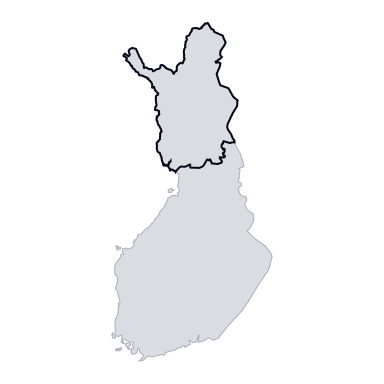 Lapland on a map of Finland (orthographic projection)
{"feature_id": "FIN-3176", "entity_name": "Lapland", "entity_type": "Province", "adm_level": 1, "iso_a3": "FIN", "parent_name": "Finland", "parent_adm1": "", "projection": "orthographic", "projection_center": [25.412, 67.834], "detail": "fine", "context": "in_parent", "style": "outline", "palette": "ink", "viewbox_px": 384, "rotation_deg": 0, "n_neighbors": 0, "source": "natural_earth", "source_scale": "10m", "svg_char_len": 9383}
<svg xmlns="http://www.w3.org/2000/svg" viewBox="0 0 384 384"><path d="M162.9,164.6L161.6,158.5L159.9,153.2L157.8,151.8L157.2,149.7L156.9,145.5L157.4,142.2L159.6,139.1L160.1,134.8L161.4,131.4L160.9,129.1L157.6,122.7L157.2,120.7L157.1,117.2L159.1,114.2L158.7,111.0L155.2,109.7L155.4,107.8L156.4,104.6L156.0,101.9L156.2,96.0L158.0,93.4L156.0,91.3L154.2,87.5L152.5,87.2L151.6,83.2L148.8,79.4L138.6,73.9L132.6,67.9L129.5,63.1L126.5,60.3L126.4,57.9L123.4,55.7L124.1,54.7L126.6,54.8L128.6,56.0L129.4,54.7L128.8,51.2L129.0,50.3L131.5,48.5L135.3,48.7L142.9,63.0L144.0,67.5L151.8,69.4L152.7,70.5L154.8,70.3L159.5,68.3L161.4,65.3L163.1,65.6L174.3,72.6L176.1,71.1L177.1,66.9L178.0,65.1L179.3,63.7L181.9,62.9L184.0,59.5L184.1,49.8L185.1,47.0L186.9,37.5L190.2,33.2L192.6,28.8L195.1,28.1L199.5,28.9L204.6,24.2L207.9,23.5L214.2,31.1L222.8,35.6L225.4,42.1L224.5,44.7L220.3,52.2L220.3,54.1L222.0,57.2L215.7,61.4L216.2,62.5L219.7,62.8L220.2,64.2L217.1,73.5L217.1,75.2L220.2,84.9L228.5,88.6L231.1,92.9L237.4,101.1L237.1,105.1L229.3,120.6L227.5,124.9L227.4,127.5L233.3,139.0L236.6,147.3L240.1,153.2L243.4,163.0L243.7,166.5L238.7,168.7L240.2,170.5L239.2,173.7L239.3,178.2L238.0,181.2L238.4,182.0L240.9,182.5L241.3,184.5L241.2,185.7L238.7,188.1L238.6,190.5L240.2,194.4L241.5,195.7L245.6,196.7L246.3,197.8L246.6,200.6L244.9,203.6L245.0,204.7L247.1,209.8L252.9,213.7L253.7,216.8L253.8,218.9L253.7,220.7L250.0,228.2L247.0,230.7L253.8,237.8L265.9,246.6L271.5,254.4L272.1,256.7L269.3,267.4L268.1,270.4L259.6,282.9L247.4,303.0L241.0,311.9L228.2,325.5L218.8,337.7L213.4,340.3L209.2,337.8L207.1,338.5L205.1,340.3L198.3,342.4L198.0,340.4L199.4,335.3L198.8,335.4L197.6,337.8L197.0,340.6L195.8,342.0L192.9,342.7L190.2,340.5L188.9,340.5L190.3,343.8L190.2,344.8L188.7,344.7L185.7,347.3L185.0,347.3L184.0,345.1L180.7,347.5L177.6,347.9L175.8,349.7L166.6,352.2L164.0,355.3L162.3,354.5L152.0,356.8L147.7,356.0L142.9,360.5L139.3,361.0L143.2,356.3L143.4,354.7L141.5,353.8L140.1,352.1L138.9,348.4L138.2,348.1L136.8,352.6L134.3,354.1L131.3,354.0L131.0,351.9L131.6,350.1L131.1,349.8L131.6,348.3L133.2,348.3L133.6,347.5L133.7,346.6L132.4,345.7L133.8,342.5L128.5,341.6L122.1,337.8L121.4,334.9L118.2,336.8L115.5,334.4L115.1,333.1L115.0,322.2L115.5,319.2L117.3,315.7L118.1,312.1L118.4,305.4L119.3,305.5L118.4,303.2L119.9,302.7L120.1,302.0L117.3,291.1L115.5,288.6L117.5,281.0L117.4,279.2L117.3,277.0L115.0,274.5L114.5,267.6L115.4,263.8L120.5,257.2L120.9,254.5L123.6,254.4L122.5,251.9L122.4,248.9L126.2,248.0L127.6,249.0L131.0,248.1L134.1,246.1L133.1,241.8L134.7,241.7L134.2,240.7L134.4,239.7L135.5,240.2L137.5,237.3L137.7,235.1L141.0,234.1L145.0,229.7L148.5,227.3L152.2,222.9L153.7,222.7L154.6,219.7L158.6,215.2L160.1,211.5L163.8,207.3L167.5,200.0L168.0,197.9L173.4,195.2L178.2,196.0L178.1,194.2L177.4,193.0L179.4,191.1L179.0,188.2L177.8,186.7L179.1,175.6L177.7,173.4L172.2,169.6L169.9,169.2L168.7,166.3L169.4,163.0L166.3,165.5L162.9,164.6ZM126.2,343.0L130.0,343.2L130.9,344.9L129.2,346.0L129.0,347.3L129.8,349.4L128.1,349.3L127.1,346.9L125.3,345.2L126.2,343.0ZM172.1,191.7L170.0,192.8L168.3,192.1L168.3,189.9L171.3,188.5L174.2,190.1L172.7,190.5L172.1,191.7ZM117.9,246.2L117.7,248.0L119.8,246.8L120.6,247.4L120.4,249.0L119.7,248.6L117.9,250.3L116.5,248.7L115.7,246.0L117.9,246.2ZM115.6,336.6L115.2,338.2L113.0,338.1L112.2,336.5L111.9,334.0L112.8,332.9L113.3,334.3L115.6,336.6ZM124.1,343.5L122.9,343.6L121.3,341.9L121.1,341.2L121.8,340.9L121.6,339.0L122.8,340.1L123.5,341.3L122.7,341.6L124.1,343.5ZM121.1,349.8L119.4,350.8L118.8,350.5L119.0,348.6L120.0,347.8L121.7,347.8L121.1,349.8ZM117.6,350.6L116.2,350.9L115.3,349.9L116.8,348.5L117.9,348.6L118.0,349.6L117.6,350.6Z" fill="#d9dde1" stroke="#a8b0b8" stroke-width="1"/><path d="M207.6,23.0L208.0,23.2L208.4,23.7L209.0,25.2L211.3,28.9L211.6,29.1L213.8,30.0L213.8,31.1L214.1,31.8L214.6,32.1L222.7,35.6L222.9,35.9L223.7,38.4L225.6,42.3L224.4,45.3L220.5,50.9L220.4,51.3L220.2,54.5L220.3,55.0L220.4,55.4L221.9,57.0L220.5,58.5L219.2,59.2L216.2,61.6L215.7,61.6L215.7,62.2L215.9,62.6L216.1,62.7L218.5,62.4L219.5,62.5L220.4,63.5L219.9,66.0L219.6,67.1L216.9,73.4L216.7,73.8L216.7,74.3L216.9,75.1L219.9,84.4L220.3,85.1L220.7,85.4L227.9,88.0L228.4,88.3L228.8,88.8L232.9,96.2L233.7,97.2L237.7,100.5L237.3,101.3L237.3,104.3L237.1,105.8L236.9,106.4L232.4,113.7L232.3,114.0L232.1,114.9L231.4,115.9L227.6,124.2L227.2,127.0L227.8,129.3L231.2,134.3L231.8,136.1L232.2,136.7L232.3,137.3L232.5,137.9L234.2,140.3L234.4,140.9L234.6,142.3L231.5,142.5L230.3,143.0L229.7,143.0L223.8,141.2L223.2,141.6L223.2,141.8L223.1,143.1L223.1,143.5L222.9,143.7L222.3,143.8L221.8,144.5L221.6,145.2L221.5,145.9L221.6,147.1L222.0,147.8L222.5,148.3L223.1,148.6L223.1,149.0L223.7,148.7L224.2,148.7L224.4,148.8L224.4,149.1L224.6,149.3L224.3,150.4L224.3,150.5L224.7,150.9L224.7,151.2L224.2,152.0L224.1,152.7L223.6,153.0L222.9,153.1L222.8,153.4L223.0,153.9L223.3,154.5L223.2,154.8L224.0,155.5L224.9,155.8L224.9,156.5L224.7,157.0L223.9,157.5L222.2,157.3L220.7,157.8L220.4,157.7L220.4,157.4L220.0,157.3L220.2,158.2L219.9,158.4L221.6,160.6L221.9,161.5L221.8,162.0L221.4,162.7L220.8,163.0L219.5,163.2L218.3,163.9L217.7,164.0L211.8,163.4L211.9,163.0L211.5,162.5L211.2,161.8L210.6,160.3L210.0,159.4L209.5,159.5L209.1,160.1L208.9,160.4L208.6,160.3L207.2,159.5L206.8,159.9L203.8,165.2L202.9,166.3L199.4,167.9L190.5,167.6L190.2,167.4L190.1,166.9L190.2,164.6L189.7,164.5L186.3,166.3L184.7,166.8L181.3,166.5L179.7,167.1L177.0,170.0L175.6,171.9L175.5,171.4L175.4,171.1L175.2,171.0L174.8,171.1L174.4,170.7L173.5,170.8L172.9,169.9L172.4,169.6L171.9,169.5L171.4,169.6L170.9,169.9L170.4,170.4L170.1,170.5L169.9,170.4L169.9,170.1L169.8,168.5L168.9,167.9L168.7,167.7L168.3,166.7L168.3,166.1L168.4,165.3L168.6,164.6L169.4,162.9L169.6,162.3L170.0,161.9L170.3,161.8L170.5,161.7L170.5,161.2L170.3,161.5L169.6,161.9L169.3,162.0L169.2,162.7L168.8,163.1L168.2,164.6L167.9,165.0L167.0,165.0L166.7,165.2L166.6,165.7L166.3,165.9L165.7,165.6L165.1,164.8L164.6,164.5L164.1,164.1L164.2,164.5L164.2,165.0L164.1,165.5L163.9,165.7L163.6,165.5L163.4,165.2L163.1,164.3L163.1,163.5L162.6,162.5L162.3,161.2L161.7,159.9L161.7,158.7L161.3,156.6L160.7,155.7L159.9,153.2L159.6,152.8L158.3,152.3L157.8,151.8L157.5,151.2L157.0,149.6L156.9,148.7L156.8,148.0L156.7,147.6L157.0,146.5L157.0,146.0L156.9,144.6L156.6,144.0L156.6,143.6L156.7,142.9L157.1,142.4L157.8,142.0L157.8,141.4L158.6,141.0L158.8,140.6L158.9,140.3L159.9,139.5L160.0,139.0L160.0,138.4L159.9,137.2L160.2,136.1L160.2,135.4L160.2,134.8L160.1,133.5L160.1,133.3L160.6,132.6L160.8,132.0L161.4,131.9L161.6,131.8L161.6,131.5L161.1,129.7L160.8,128.8L160.0,127.6L159.3,125.9L159.0,125.4L158.4,125.0L158.1,124.5L157.6,123.1L157.5,121.8L156.5,119.9L156.4,119.2L156.7,118.7L157.0,117.9L156.7,117.8L156.7,117.5L156.7,116.9L156.8,116.4L157.1,116.1L158.6,115.4L158.9,114.9L159.3,113.9L158.8,113.6L158.8,112.8L159.0,111.9L159.1,111.1L158.9,110.9L157.8,110.6L156.9,110.0L155.4,110.2L155.0,109.7L154.9,108.8L155.1,108.2L155.4,107.6L155.6,107.0L155.5,106.6L156.3,105.9L156.5,105.5L156.5,104.7L156.4,104.2L156.2,103.3L156.0,101.5L155.9,101.0L155.8,100.5L155.9,98.6L155.8,97.1L155.9,96.3L156.2,95.8L156.6,95.4L157.5,95.1L157.9,94.8L158.2,94.1L158.3,93.6L158.0,93.1L157.2,92.8L156.1,91.3L154.9,90.1L154.3,87.6L154.1,87.0L153.6,87.0L152.6,87.7L152.3,87.7L152.1,87.4L152.1,87.1L152.3,85.8L152.3,85.5L152.2,85.3L152.3,84.5L152.1,84.0L151.6,83.2L151.4,82.9L151.3,82.1L151.1,81.8L149.4,80.5L149.0,80.0L148.6,78.8L148.3,78.5L147.5,78.8L146.9,77.7L146.5,77.3L145.9,77.4L145.4,77.0L144.9,76.9L144.1,76.4L143.1,76.3L143.1,76.2L143.1,75.9L142.3,75.5L139.5,75.4L139.1,75.0L139.1,74.4L138.8,74.0L138.3,73.0L137.8,72.2L135.6,71.5L135.4,70.4L134.8,69.9L133.8,68.7L132.9,68.4L132.5,68.0L132.1,66.6L132.0,65.9L131.8,65.7L130.8,65.6L130.7,65.2L130.5,64.9L129.9,63.5L128.3,61.7L126.4,60.7L126.1,60.3L126.2,59.6L126.6,59.4L126.8,58.9L126.9,58.3L126.6,57.8L126.1,57.6L125.3,56.7L123.9,56.4L123.4,55.8L124.6,53.8L125.0,53.6L128.2,56.0L128.7,56.1L129.0,55.9L129.8,54.5L128.6,51.3L129.2,49.8L129.4,49.5L132.1,47.9L135.8,48.8L136.1,49.1L139.8,57.6L141.4,59.6L141.5,60.0L141.6,60.8L141.8,61.2L142.6,62.9L143.5,63.8L143.7,64.1L143.8,67.1L143.9,67.8L144.2,67.9L145.6,67.4L145.9,67.4L146.2,67.5L149.2,69.2L151.2,69.0L151.8,69.2L152.1,69.5L153.0,71.2L153.3,71.3L156.8,69.2L158.7,68.9L159.8,68.3L160.3,67.0L160.5,65.5L161.3,65.0L162.3,65.0L164.6,66.4L165.0,67.1L165.3,67.5L167.0,68.7L171.0,70.1L172.1,71.1L173.0,72.5L173.3,73.6L173.5,73.8L173.9,73.8L174.1,73.3L174.4,72.2L174.8,71.9L175.1,71.9L175.9,71.3L176.4,71.1L176.6,70.8L176.8,70.1L176.6,69.8L176.6,69.6L176.8,69.2L176.8,67.7L176.8,66.9L177.0,66.3L177.5,65.3L179.7,63.3L180.2,63.0L180.8,62.9L182.3,63.4L182.6,63.3L182.8,63.0L183.3,61.6L183.7,61.0L183.8,60.7L183.9,60.3L184.0,59.9L184.5,59.4L184.6,58.9L184.6,58.7L184.2,58.1L184.2,57.7L184.0,57.2L184.1,56.4L184.1,55.3L184.2,54.9L184.2,54.7L183.8,52.8L183.8,51.9L184.2,49.3L184.4,48.8L185.4,46.9L185.0,45.3L185.3,44.5L185.5,44.1L185.5,43.3L185.5,42.9L185.7,42.5L185.5,41.9L185.6,41.5L186.3,41.0L186.6,40.4L186.8,39.7L186.8,38.9L186.5,38.2L186.3,37.9L186.3,37.5L186.5,36.8L186.8,36.3L187.1,36.1L189.0,35.4L189.8,34.0L190.3,32.8L191.5,31.4L191.8,30.7L191.6,30.1L192.1,29.3L192.3,28.7L192.7,28.4L194.7,28.1L195.4,28.3L196.5,27.9L196.8,28.0L197.5,28.5L198.1,28.4L199.0,29.0L201.5,28.1L202.0,27.4L201.6,27.1L201.8,26.8L202.3,26.6L203.0,25.6L204.3,24.9L204.4,24.3L204.8,23.6L205.4,23.4L206.8,23.6L207.6,23.0Z" fill="none" stroke="#020617" stroke-width="2"/></svg>